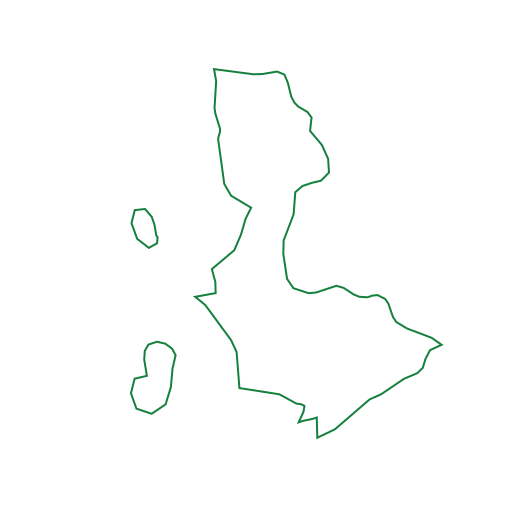 outline of Nueva Esparta, rotated 75°
{"feature_id": "VEN-48", "entity_name": "Nueva Esparta", "entity_type": "State", "adm_level": 1, "iso_a3": "VEN", "parent_name": "Venezuela", "parent_adm1": "", "projection": "robinson", "projection_center": [-64.068, 10.956], "detail": "fine", "context": "isolated", "style": "outline", "palette": "green", "viewbox_px": 512, "rotation_deg": 75, "n_neighbors": 0, "source": "natural_earth", "source_scale": "10m", "svg_char_len": 1443}
<svg xmlns="http://www.w3.org/2000/svg" viewBox="0 0 512 512"><g transform="rotate(75 256 256)"><path d="M410.9,130.4L412.9,144.8L421.9,170.8L423.9,183.3L443.8,224.6L447.4,243.8L427.7,239.1L428.0,243.7L427.4,253.2L427.7,257.8L418.7,250.4L413.3,248.0L410.9,250.8L409.0,255.2L395.6,269.3L379.3,306.2L343.8,299.6L330.9,301.8L290.2,317.7L279.7,325.3L281.4,304.6L270.7,302.0L257.2,302.0L244.8,275.5L231.5,265.0L217.2,256.3L208.1,248.2L191.4,264.4L178.2,268.0L133.1,262.3L130.0,260.7L127.5,259.0L123.9,257.8L108.1,258.4L102.5,257.8L76.7,249.2L64.6,248.2L79.8,211.5L81.9,202.7L83.3,187.9L88.1,181.6L97.0,180.4L110.9,180.7L117.6,179.3L122.5,176.6L130.3,169.0L136.6,166.5L149.2,171.4L165.8,163.6L180.8,161.2L194.3,163.9L200.1,173.8L199.8,182.6L200.4,192.9L204.5,201.5L225.5,208.9L248.2,225.3L261.1,229.1L286.2,231.9L296.8,228.2L305.6,214.7L306.8,207.4L305.6,186.0L309.5,179.6L318.4,171.6L322.1,166.8L324.7,159.1L324.4,153.7L325.2,148.7L330.9,142.4L336.1,140.5L350.3,139.5L356.1,137.6L365.2,128.8L380.5,107.5L389.8,99.7L392.0,112.3L399.4,119.0L407.1,123.8L410.9,130.4ZM330.9,359.3L343.2,365.8L360.7,372.2L375.9,381.7L381.4,397.6L372.5,411.0L356.2,412.3L343.1,405.0L343.5,392.4L327.1,390.8L318.7,387.9L313.7,382.8L313.2,373.9L317.2,366.3L323.7,361.1L330.9,359.3ZM212.5,346.2L218.1,348.3L220.4,357.4L208.7,366.3L192.1,367.8L180.3,361.2L181.9,351.0L191.1,346.6L199.2,346.0L210.3,347.0L212.5,346.2Z" fill="none" stroke="#15803d" stroke-width="2"/></g></svg>